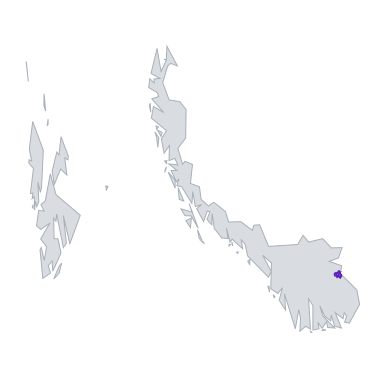 Skien nor, Telemark, Norway (highlighted), rotated 267°
{"feature_id": "86288312B28765776683305", "entity_name": "Skien nor", "entity_type": "district", "adm_level": 2, "iso_a3": "NOR", "parent_name": "Norway", "parent_adm1": "Telemark", "projection": "robinson", "projection_center": [9.524, 59.266], "detail": "fine", "context": "in_parent", "style": "filled", "palette": "violet", "viewbox_px": 384, "rotation_deg": 267, "n_neighbors": 0, "source": "geoboundaries", "source_scale": "gbopen_adm2", "svg_char_len": 5359}
<svg xmlns="http://www.w3.org/2000/svg" viewBox="0 0 384 384"><g transform="rotate(267 192 192)"><path d="M236.3,180.2L220.2,184.0L223.0,186.6L219.5,193.9L200.6,190.9L196.9,199.7L184.2,200.7L177.2,207.7L180.6,213.2L170.7,224.4L160.1,227.0L159.8,239.3L150.6,250.3L155.6,252.1L155.7,257.9L133.7,265.6L134.0,294.8L142.9,300.6L135.9,306.0L138.6,320.0L128.9,328.2L128.6,339.0L118.5,334.8L115.5,325.4L110.5,337.6L102.8,335.9L85.5,351.5L71.0,353.5L52.8,342.2L54.1,337.6L60.1,339.9L63.4,337.7L57.6,336.2L64.1,328.7L48.3,334.1L50.6,327.4L61.9,324.6L56.0,323.8L61.1,318.0L71.6,313.7L61.3,316.2L48.7,327.5L49.6,320.3L55.6,319.7L49.0,314.7L55.3,310.9L48.8,311.7L47.8,305.5L72.3,306.8L79.2,302.8L49.0,303.1L52.0,298.5L47.3,292.4L60.3,293.8L68.9,292.5L50.0,288.0L85.4,279.1L69.2,279.3L79.3,273.4L91.7,277.3L86.2,272.4L91.2,265.6L117.0,267.7L125.1,259.3L108.7,266.9L102.9,263.9L125.3,244.2L137.1,242.3L141.7,238.7L132.7,239.6L142.8,229.6L139.9,227.4L154.1,224.5L143.6,225.5L144.5,219.4L154.5,212.3L169.3,211.0L158.2,210.0L163.9,205.5L171.2,208.9L172.2,206.3L161.9,202.0L175.2,195.8L178.9,200.9L177.3,194.5L192.3,192.8L180.6,191.3L197.7,182.0L199.1,177.3L205.9,179.6L203.0,177.0L214.5,172.3L214.4,178.0L221.3,170.2L219.7,179.2L226.5,176.6L224.6,170.7L239.6,171.9L232.2,166.2L246.5,164.2L254.6,169.7L267.9,155.3L279.4,158.0L272.9,167.9L287.1,156.7L289.1,163.7L293.3,162.3L298.5,154.2L307.4,155.8L302.8,159.9L306.9,160.1L307.1,166.0L312.5,157.3L337.2,164.6L313.9,167.4L324.9,173.2L338.8,174.6L318.7,184.0L321.6,177.3L319.0,174.3L302.7,168.5L285.1,174.0L282.9,184.5L274.7,190.4L246.2,188.5L236.3,180.2ZM166.3,34.9L181.7,38.0L180.7,43.3L187.4,40.5L190.5,44.9L217.6,51.5L196.4,56.1L174.6,79.2L146.7,67.3L175.2,62.3L147.4,63.9L143.2,60.6L177.1,55.7L169.9,54.6L173.0,52.5L152.6,51.8L152.3,55.7L137.9,58.0L120.2,48.8L130.3,48.8L126.0,44.5L118.6,46.5L113.5,38.5L142.1,37.2L144.4,38.5L131.4,40.9L145.0,43.9L153.1,38.4L168.4,48.5L162.6,39.1L166.3,34.9ZM198.8,30.5L223.7,34.9L229.7,30.5L232.7,31.0L231.3,33.5L243.1,31.8L270.8,36.6L241.4,45.7L204.1,41.9L199.6,40.6L209.9,38.6L190.3,38.5L185.5,36.3L191.1,35.0L182.0,33.9L195.6,34.2L193.7,32.0L199.3,33.1L198.8,30.5ZM220.0,53.4L239.0,59.1L236.0,61.1L254.1,64.1L234.4,70.3L230.6,69.8L232.7,66.7L215.5,67.9L221.8,62.0L206.8,54.9L220.0,53.4ZM172.1,190.8L180.8,188.5L155.5,196.3L168.2,190.0L168.7,183.7L175.7,180.2L172.1,190.8ZM185.3,178.9L197.1,178.4L183.4,183.3L185.3,178.9ZM196.7,175.4L213.3,169.2L204.8,175.7L196.7,175.4ZM112.4,49.4L124.9,55.4L127.8,58.0L118.0,55.1L112.4,49.4ZM163.7,184.3L166.1,190.0L156.5,188.6L163.7,184.3ZM253.9,158.0L247.8,161.8L238.4,160.2L248.9,159.5L253.9,158.0ZM255.5,160.8L253.1,165.3L249.0,164.0L255.5,160.8ZM144.8,196.8L154.0,195.5L144.1,199.2L144.8,196.8ZM330.3,33.4L310.9,34.3L330.9,33.2L330.3,33.4ZM286.1,48.6L297.8,49.4L280.4,50.1L286.1,48.6ZM273.8,155.0L280.5,154.0L282.9,154.9L273.8,155.0ZM259.8,159.6L258.7,162.0L256.6,160.0L259.8,159.6ZM224.5,166.2L224.6,168.6L221.9,167.8L224.5,166.2ZM202.6,106.2L201.9,108.5L198.6,106.6L202.6,106.2ZM272.3,52.1L266.9,51.8L266.2,51.0L272.3,52.1ZM119.8,244.1L121.7,246.3L116.6,245.8L119.8,244.1ZM212.9,165.7L216.4,166.6L218.5,168.0L212.9,165.7ZM185.3,31.7L187.7,32.9L184.2,32.4L185.3,31.7ZM93.7,264.0L87.8,264.2L94.0,262.9L93.7,264.0ZM85.3,267.6L83.1,269.4L82.1,268.5L85.3,267.6ZM142.6,199.8L139.6,201.8L142.9,198.4L142.6,199.8ZM47.9,315.6L47.2,318.6L46.8,314.7L47.9,315.6ZM137.5,227.8L136.1,226.2L138.0,226.3L137.5,227.8ZM326.1,170.8L325.7,172.9L325.4,172.5L326.1,170.8ZM139.2,229.5L135.9,229.8L139.8,229.0L139.2,229.5ZM129.5,233.3L129.9,234.9L128.3,234.4L129.5,233.3ZM46.7,303.0L45.2,304.8L45.6,303.3L46.7,303.0Z" fill="#d9dde1" stroke="#a8b0b8" stroke-width="1"/><path d="M103.6,330.9L103.6,330.7L103.4,330.6L103.2,330.5L103.1,330.4L103.1,330.2L102.7,329.9L102.5,330.0L102.4,329.9L101.8,330.0L101.6,330.1L101.4,330.3L101.0,330.3L100.9,330.3L100.9,330.5L100.7,331.0L100.8,331.1L100.7,331.3L100.7,331.6L100.6,331.8L101.0,332.0L100.6,332.1L100.2,332.0L99.7,332.2L99.5,332.3L99.4,332.3L99.2,332.4L99.8,333.1L100.4,333.2L100.8,333.4L101.0,333.5L101.1,333.8L101.3,333.9L101.4,334.0L101.1,334.0L100.9,334.1L100.6,334.1L100.4,334.1L100.2,334.1L99.9,334.3L99.8,334.2L99.7,334.2L99.4,334.2L99.3,334.3L99.2,334.3L99.3,334.3L99.6,334.5L99.4,334.7L99.3,334.8L99.1,334.9L99.0,335.3L98.7,335.4L98.8,335.5L99.0,335.8L99.1,336.0L99.3,336.2L99.3,336.3L99.5,336.3L100.0,336.5L100.7,336.9L101.0,337.0L101.3,336.9L101.5,336.8L101.6,336.7L101.8,336.6L101.8,336.4L101.8,336.2L102.2,335.8L102.3,335.8L102.3,335.7L102.2,335.7L102.3,335.7L102.5,335.7L102.7,335.8L102.8,335.8L103.0,335.8L103.3,335.8L103.5,335.7L103.4,335.7L103.5,335.7L103.4,335.7L103.5,335.6L103.7,335.4L103.8,335.4L103.9,335.2L103.8,334.9L103.7,334.9L103.6,334.7L103.4,334.4L103.5,334.4L103.5,334.5L103.7,334.8L103.8,334.9L103.8,335.0L104.0,335.3L104.0,335.2L104.2,335.3L104.3,335.3L104.3,335.2L104.5,335.2L104.6,335.3L104.8,335.3L104.9,335.2L105.0,335.1L105.2,334.9L105.3,334.8L105.3,334.7L105.5,334.7L105.5,334.4L105.4,334.3L105.3,334.2L105.2,334.2L104.9,334.0L104.8,333.9L104.7,333.7L104.4,333.7L104.2,333.5L104.1,333.4L103.9,333.3L103.8,333.2L103.7,333.2L103.5,332.9L103.4,332.8L103.2,332.7L103.1,332.4L103.1,332.1L103.6,332.1L103.9,331.7L103.6,331.4L103.4,331.1L103.6,330.9ZM99.0,335.3L99.3,335.0L99.5,335.3L99.0,335.3ZM102.4,335.7L102.3,335.8L102.4,335.7Z" fill="#8b5cf6" stroke="#5b21b6" stroke-width="1.5"/></g></svg>